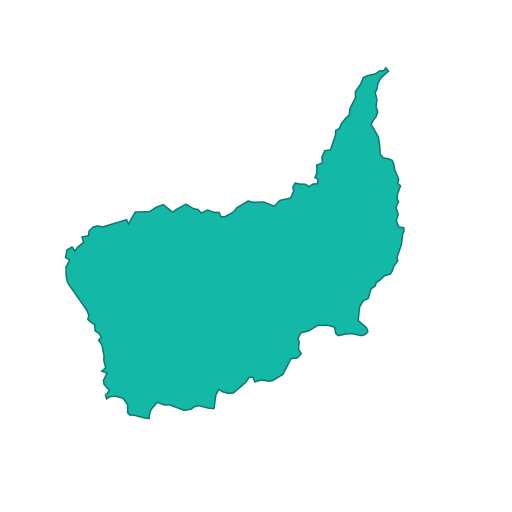 Cerrito, Rio Grande do Sul, Brazil (Natural Earth projection), rotated 248°
{"feature_id": "56859067B22286341591662", "entity_name": "Cerrito", "entity_type": "district", "adm_level": 2, "iso_a3": "BRA", "parent_name": "Brazil", "parent_adm1": "Rio Grande do Sul", "projection": "natural_earth1", "projection_center": [-52.786, -31.747], "detail": "fine", "context": "isolated", "style": "filled", "palette": "teal", "viewbox_px": 512, "rotation_deg": 248, "n_neighbors": 0, "source": "geoboundaries", "source_scale": "gbopen_adm2", "svg_char_len": 2554}
<svg xmlns="http://www.w3.org/2000/svg" viewBox="0 0 512 512"><g transform="rotate(248 256 256)"><path d="M130.2,159.9L141.9,166.5L146.2,171.5L142.6,174.2L139.5,178.2L137.4,183.4L138.6,187.1L142.6,198.9L146.0,204.1L144.7,207.8L139.7,207.7L139.2,214.2L134.9,221.4L134.3,225.1L136.2,236.7L147.7,250.0L146.0,256.0L148.4,261.4L153.9,260.5L159.7,263.7L163.6,263.9L168.0,268.7L166.8,276.8L168.6,287.4L164.5,297.1L160.6,302.1L154.4,300.9L151.4,302.3L149.6,311.9L148.0,315.9L142.7,323.9L142.3,327.6L143.9,331.4L148.2,331.6L157.9,326.6L169.7,332.8L174.1,338.3L174.7,344.2L182.4,350.4L183.6,355.4L186.3,357.6L187.1,361.8L189.6,367.4L188.9,373.5L191.1,376.7L195.0,380.1L198.4,385.6L201.8,386.2L212.3,395.2L220.8,399.9L223.5,402.4L226.8,403.6L229.6,399.2L236.1,399.3L241.3,403.5L248.9,404.1L253.0,408.6L256.3,408.2L260.6,410.5L266.9,416.3L270.3,414.5L273.7,417.1L283.5,416.9L289.8,418.2L293.7,418.1L297.2,414.4L299.1,410.7L303.8,409.3L310.6,411.6L320.5,414.1L330.6,412.7L334.6,411.9L337.7,415.3L340.2,419.5L343.9,422.8L349.6,423.3L355.5,426.6L362.8,427.8L365.8,431.0L370.4,433.7L374.0,438.2L376.1,443.1L377.7,448.1L381.8,446.9L380.0,443.7L381.3,439.9L380.2,435.0L381.4,427.2L381.3,422.4L376.4,417.6L371.0,409.6L365.4,407.5L357.9,398.6L351.9,395.4L350.1,390.6L346.7,384.7L342.9,380.9L342.6,376.9L338.1,374.9L331.1,368.7L326.4,364.8L327.9,359.2L322.8,354.1L317.5,352.6L317.5,346.2L313.4,344.9L309.8,343.3L306.7,340.1L303.9,342.3L299.9,340.1L301.4,335.9L300.3,331.1L304.0,328.7L306.5,323.2L309.0,319.6L305.9,315.9L302.4,315.5L296.8,309.8L298.6,299.0L295.3,291.6L303.1,283.5L306.7,273.7L310.0,269.3L307.9,256.4L305.4,252.0L304.7,247.8L304.1,241.9L305.4,238.3L310.2,238.1L312.3,233.3L316.8,228.3L316.3,221.3L320.9,219.6L323.2,215.8L330.3,210.5L328.9,198.9L327.7,195.1L338.3,189.4L338.6,182.0L337.0,173.7L342.0,160.5L333.3,149.6L338.1,149.6L340.4,124.9L343.4,120.1L343.8,115.9L341.7,110.6L337.5,108.3L338.8,101.8L333.2,101.2L331.0,93.8L328.4,89.9L333.3,88.9L332.4,82.9L325.8,78.8L322.2,81.8L317.0,75.8L309.6,72.8L304.3,71.6L301.3,71.4L269.1,78.8L263.8,78.8L260.1,76.3L256.2,78.2L252.8,80.7L247.0,78.8L242.7,81.5L238.5,82.0L236.9,78.6L230.7,79.8L226.3,78.7L220.6,77.8L216.5,75.8L208.7,74.8L206.9,69.8L203.2,74.2L197.8,67.9L193.9,67.0L186.3,69.8L183.1,64.2L179.5,63.9L180.3,68.3L178.5,73.4L174.0,79.4L166.0,81.2L158.8,78.3L155.7,79.4L154.4,82.8L147.5,92.1L145.3,95.9L150.5,98.9L153.2,101.6L157.3,109.7L152.1,115.4L150.5,120.0L139.8,131.5L138.3,138.2L139.3,142.6L138.8,146.6L136.4,150.0L132.8,154.8L130.2,159.9Z" fill="#14b8a6" stroke="#0f766e" stroke-width="1.5"/></g></svg>